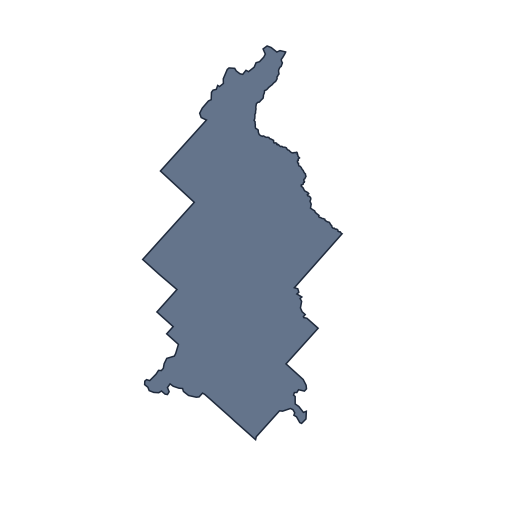 Lewis and Clark, Montana, United States of America, rotated 42°
{"feature_id": "52423323B49943042609192", "entity_name": "Lewis and Clark", "entity_type": "district", "adm_level": 2, "iso_a3": "USA", "parent_name": "United States of America", "parent_adm1": "Montana", "projection": "natural_earth1", "projection_center": [-112.477, 47.184], "detail": "fine", "context": "isolated", "style": "filled", "palette": "slate", "viewbox_px": 512, "rotation_deg": 42, "n_neighbors": 0, "source": "geoboundaries", "source_scale": "gbopen_adm2", "svg_char_len": 3802}
<svg xmlns="http://www.w3.org/2000/svg" viewBox="0 0 512 512"><g transform="rotate(42 256 256)"><path d="M113.4,164.2L118.1,169.8L116.9,172.6L117.1,182.0L118.6,187.6L122.6,189.8L128.2,188.1L128.1,256.8L174.2,257.4L174.1,310.4L174.1,334.4L196.5,334.4L219.7,333.8L219.8,363.9L241.7,363.9L241.7,373.6L257.5,373.6L261.5,382.1L262.3,385.0L258.2,391.8L259.8,397.5L262.3,401.5L262.3,404.5L260.1,406.2L260.8,410.7L260.4,419.7L257.4,421.1L257.1,423.4L259.3,426.1L263.5,425.9L266.7,427.5L271.3,425.8L275.2,422.7L276.1,419.6L280.8,419.5L282.9,418.2L282.3,415.0L278.2,413.0L277.7,408.5L281.6,408.2L287.2,405.8L290.1,403.6L292.7,405.2L299.2,404.8L306.1,400.9L308.0,398.8L308.0,393.7L310.5,393.1L345.9,392.9L351.1,393.0L378.6,392.8L377.1,390.1L377.1,355.3L379.6,353.5L383.6,346.3L386.3,345.5L389.7,346.6L390.7,349.0L393.7,348.4L400.0,350.5L401.9,349.9L402.2,343.7L397.3,337.7L395.9,340.5L388.6,339.2L384.1,339.7L379.1,334.2L377.0,334.3L375.9,331.8L377.7,330.1L377.1,326.9L382.4,324.0L382.4,320.9L379.7,318.5L373.7,316.2L350.5,316.1L350.5,268.1L335.5,268.2L332.7,269.8L331.8,269.4L331.8,266.6L327.6,266.6L323.8,264.9L320.3,259.2L317.2,258.1L317.5,255.8L311.8,256.9L312.1,254.3L309.0,252.4L305.7,253.9L305.1,181.9L304.4,182.1L302.4,181.7L301.6,182.4L300.3,182.7L299.6,182.0L298.1,182.0L297.1,182.9L295.4,183.0L295.0,183.7L294.1,183.8L293.1,183.7L292.2,182.9L290.5,182.7L288.9,182.2L288.1,181.9L287.2,182.2L286.5,182.7L284.9,183.1L283.3,183.2L282.6,182.6L281.1,183.1L279.9,183.9L278.2,184.2L277.2,184.9L276.2,184.7L275.7,183.7L274.1,183.8L272.6,183.9L270.8,183.9L269.4,183.2L267.2,183.6L265.9,183.8L264.5,184.0L264.0,183.2L263.2,182.0L262.3,180.5L260.6,179.7L259.4,179.1L258.9,177.5L258.0,176.3L256.3,175.9L255.2,176.1L254.4,176.6L253.2,176.2L253.4,175.3L253.5,174.4L252.0,174.2L250.8,174.5L248.6,175.0L247.1,174.6L245.7,173.9L243.8,173.8L242.8,173.8L242.1,172.8L242.7,172.1L243.0,171.0L242.2,169.8L242.6,168.9L242.1,168.1L241.4,168.2L240.3,167.1L240.6,165.9L240.2,164.8L239.9,163.4L238.4,162.5L237.8,161.9L236.5,161.9L235.2,161.5L233.9,160.9L232.2,160.7L230.4,160.0L228.7,159.8L227.8,160.3L226.6,159.8L226.2,159.3L225.6,158.6L224.8,158.9L224.1,158.5L223.2,157.7L223.5,156.7L222.5,155.9L222.6,154.7L222.7,154.0L221.3,153.9L220.4,153.7L219.2,152.8L218.7,152.8L218.3,152.6L218.1,152.0L217.1,151.6L216.5,151.9L216.1,152.9L215.0,153.7L214.8,154.4L214.2,154.9L212.9,155.5L211.2,155.5L209.8,155.4L208.5,155.9L207.5,155.8L206.2,155.3L204.7,155.8L203.9,156.5L203.1,157.1L201.8,157.2L201.1,158.2L199.5,158.4L198.6,158.2L197.6,158.4L197.6,158.9L196.9,159.2L196.3,158.6L195.8,158.4L195.3,158.6L194.5,159.1L194.3,159.5L193.6,159.9L192.8,159.5L192.3,158.8L191.6,158.3L190.6,158.6L189.2,158.9L187.7,159.6L186.2,159.3L184.9,160.2L184.1,161.1L182.5,161.5L181.7,161.6L180.9,162.0L180.7,162.8L179.1,163.4L177.2,163.6L175.1,162.6L173.3,160.9L171.9,161.0L170.3,161.4L168.8,160.3L167.6,158.8L166.5,158.0L165.6,156.9L163.8,156.5L163.2,154.8L161.7,152.9L160.5,151.7L160.0,150.0L158.8,148.7L157.6,146.7L156.6,145.9L155.7,144.7L155.0,143.5L154.4,142.7L154.5,140.6L155.5,139.4L155.5,136.9L155.6,135.2L155.7,134.1L154.9,132.7L153.9,131.5L153.0,129.1L151.7,127.4L152.6,125.5L152.7,123.9L152.6,122.3L152.9,120.7L153.0,119.7L153.4,117.8L153.3,116.6L153.4,114.8L153.8,113.2L153.4,111.5L153.1,110.2L151.8,109.0L151.8,108.0L151.4,107.0L151.3,105.3L149.7,104.1L148.6,103.0L148.1,101.9L147.5,99.8L147.8,98.3L147.3,97.0L146.4,94.8L144.5,94.1L143.2,92.9L143.0,90.6L142.3,87.1L141.7,84.8L141.5,84.5L136.4,87.3L135.0,90.5L127.8,90.9L123.7,92.5L122.7,97.4L127.8,99.7L128.7,103.0L128.6,109.3L126.7,112.3L128.3,116.9L127.1,124.0L124.3,124.7L124.6,129.9L122.2,131.3L117.5,131.7L114.6,130.8L110.1,134.3L109.8,136.6L113.1,146.2L116.3,149.6L115.5,154.5L113.4,154.9L115.0,158.7L113.1,161.5L113.4,164.2Z" fill="#64748b" stroke="#1e293b" stroke-width="1.5"/></g></svg>